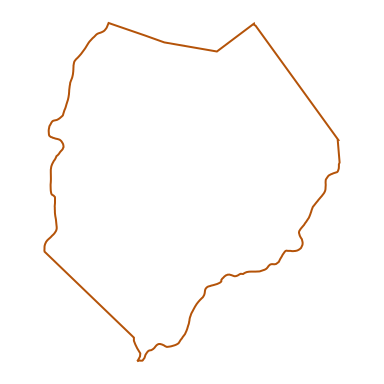 outline of Dacretin, Choiseul, Saint Lucia
{"feature_id": "8701671B29376048072153", "entity_name": "Dacretin", "entity_type": "district", "adm_level": 2, "iso_a3": "LCA", "parent_name": "Saint Lucia", "parent_adm1": "Choiseul", "projection": "mercator", "projection_center": [-61.036, 13.796], "detail": "fine", "context": "isolated", "style": "outline", "palette": "amber", "viewbox_px": 384, "rotation_deg": 0, "n_neighbors": 0, "source": "geoboundaries", "source_scale": "gbopen_adm2", "svg_char_len": 5872}
<svg xmlns="http://www.w3.org/2000/svg" viewBox="0 0 384 384"><path d="M255.6,25.7L254.2,24.9L254.2,24.5L254.0,23.6L216.9,51.5L164.3,42.4L145.0,35.5L108.6,23.0L106.8,27.4L106.6,27.8L106.2,28.4L105.1,29.8L104.5,30.5L103.9,31.0L103.3,31.4L102.9,31.6L101.7,32.2L100.2,32.8L99.4,33.0L97.8,33.6L97.5,33.8L96.8,34.2L96.2,34.7L94.1,36.9L93.4,37.5L92.7,38.1L90.4,40.6L89.4,41.7L88.4,43.1L86.8,45.7L85.7,47.5L85.0,48.6L81.1,53.9L79.0,56.3L77.5,57.9L76.2,59.1L75.7,59.7L75.0,60.6L74.5,61.3L74.2,62.0L74.0,62.9L73.9,63.3L73.6,65.1L73.5,65.5L73.5,66.3L73.5,67.1L73.4,68.0L73.4,68.3L73.4,69.4L73.3,70.2L73.3,71.0L73.0,73.7L72.9,74.4L72.6,75.8L72.4,76.6L72.2,77.5L71.9,78.3L70.8,81.1L70.2,82.8L70.0,84.6L69.7,86.1L69.6,87.0L69.2,90.2L69.2,91.0L69.1,92.3L69.0,93.4L69.0,94.0L68.5,97.2L68.3,98.1L67.9,99.9L67.2,102.0L66.9,103.0L66.5,104.2L66.3,104.9L66.2,105.3L65.8,106.7L65.6,107.3L65.5,107.7L64.7,109.7L64.5,110.0L64.1,111.3L63.4,113.5L63.0,115.0L62.8,115.4L62.6,115.7L61.6,116.6L60.0,118.0L58.9,118.8L57.4,119.7L56.6,120.0L55.7,120.2L53.8,120.6L53.0,120.9L52.7,121.1L52.4,121.3L51.7,122.2L51.3,122.8L51.2,123.0L50.4,124.6L49.8,125.5L49.4,126.3L49.2,127.4L48.8,129.3L48.8,129.7L48.7,130.5L48.7,131.3L48.8,132.6L48.9,134.1L49.0,134.8L49.1,135.2L49.4,135.8L49.6,136.0L50.0,136.3L50.7,136.9L52.2,137.4L52.6,137.7L53.0,137.8L54.1,138.1L55.5,138.6L57.4,139.0L58.1,139.2L59.6,139.7L59.9,139.9L60.2,140.1L60.5,140.4L61.3,141.1L61.4,141.3L61.8,141.8L62.2,142.6L62.8,143.4L62.9,143.7L63.1,144.2L63.2,144.5L63.4,145.6L63.5,146.2L63.5,147.2L63.4,147.5L63.0,148.1L62.8,148.9L62.3,149.6L61.8,150.2L61.2,150.8L59.9,152.3L59.1,153.6L58.8,154.0L58.2,154.6L57.7,155.2L56.5,156.1L55.6,158.2L54.8,159.7L54.3,160.3L53.9,160.8L52.3,163.8L51.7,165.3L51.3,166.5L51.1,167.6L51.0,168.5L50.8,169.7L50.8,172.3L50.9,178.2L50.9,179.5L50.8,182.2L50.6,184.5L50.6,185.6L50.7,189.2L50.8,190.9L51.2,193.2L51.5,194.0L52.0,194.7L53.6,195.6L54.9,197.0L55.0,198.0L55.0,201.6L55.0,203.0L54.7,206.3L54.8,207.6L54.8,209.1L54.9,210.8L54.9,212.3L55.0,213.7L55.3,216.1L55.9,219.3L56.5,225.3L56.7,227.0L56.7,228.4L56.6,229.1L56.2,230.5L55.8,231.3L54.4,233.4L53.3,234.6L52.1,235.7L50.7,237.2L49.6,238.2L49.0,238.7L47.4,240.2L46.1,241.9L45.1,244.1L44.6,245.9L44.5,247.1L44.5,248.6L44.4,250.5L44.6,251.7L133.9,337.6L133.9,340.8L135.3,344.4L137.2,348.3L138.9,351.1L140.3,353.4L140.0,356.5L138.2,359.9L137.7,360.5L138.0,361.0L138.4,360.9L138.8,360.7L139.4,360.5L139.9,360.5L140.6,360.7L141.5,360.7L142.0,360.7L142.4,360.6L142.8,360.3L143.2,359.6L144.3,358.2L144.5,357.9L144.8,357.0L145.5,354.8L145.8,354.3L146.2,353.7L147.0,352.5L147.8,351.5L148.1,351.2L148.9,350.7L149.2,350.5L149.7,350.4L151.0,350.2L151.4,350.1L151.9,349.8L153.2,349.0L153.5,348.7L154.5,347.8L154.7,347.5L155.2,346.8L156.5,345.3L157.3,344.7L158.0,344.3L158.9,344.0L159.6,344.0L160.1,344.0L162.0,344.5L163.6,345.2L164.0,345.4L165.0,346.1L166.1,346.6L166.5,346.8L166.9,346.9L167.3,346.9L170.1,346.5L171.2,346.3L173.9,345.5L174.9,345.2L176.1,344.7L176.9,344.3L178.2,343.5L178.5,343.2L178.8,342.9L179.0,342.6L180.6,340.0L180.8,339.7L181.4,339.0L181.7,338.7L182.9,336.8L183.7,335.8L185.0,334.1L185.7,332.5L186.4,331.0L187.2,328.9L188.1,325.8L188.7,324.1L188.9,323.3L189.1,322.4L189.2,321.4L189.4,320.9L189.5,319.8L189.7,318.5L190.0,317.3L190.5,316.0L191.1,314.1L191.7,312.8L191.9,312.4L192.4,311.6L193.1,310.2L194.4,307.8L195.0,306.7L195.8,305.4L196.2,304.8L196.4,304.4L198.0,302.3L199.8,300.2L201.9,298.1L202.5,297.6L203.1,296.9L203.7,295.8L204.1,295.1L204.3,294.6L204.7,293.1L204.9,291.5L205.0,290.7L205.2,289.9L205.3,289.4L205.5,289.1L205.7,288.7L205.9,288.4L206.7,287.5L207.1,287.2L207.8,286.7L209.0,286.3L210.6,285.9L210.9,285.7L213.4,285.1L217.1,284.0L218.9,283.2L220.0,282.6L220.4,282.3L221.0,281.8L221.3,281.4L221.3,280.6L221.4,279.8L221.8,279.3L222.3,278.6L223.2,277.8L224.4,276.5L225.5,275.7L225.8,275.4L226.2,275.3L227.6,274.7L229.2,274.6L229.6,274.6L230.4,274.9L231.3,275.1L234.3,276.2L234.8,276.2L235.2,276.2L236.0,276.1L236.8,275.8L237.5,275.6L238.3,275.1L239.9,274.1L240.3,274.0L240.7,273.8L240.9,273.8L241.8,273.9L243.1,274.0L243.4,273.8L244.1,273.3L245.2,272.7L246.2,272.3L247.0,272.0L247.8,271.9L249.0,271.7L251.1,271.6L255.5,271.6L259.7,271.4L263.8,270.0L264.5,269.8L264.9,269.6L265.9,269.0L266.3,268.8L266.6,268.5L266.9,268.2L267.9,267.0L268.3,266.3L268.6,266.0L269.5,265.1L269.8,264.8L270.2,264.6L270.9,264.3L271.4,264.2L272.2,264.1L273.0,264.2L273.4,264.2L274.2,264.3L275.5,264.1L275.9,264.0L276.2,263.9L278.8,261.9L280.2,259.0L281.2,257.4L281.9,256.2L282.6,254.8L283.8,253.1L284.0,252.8L284.8,251.7L285.4,251.1L285.7,250.9L286.0,250.8L286.4,250.7L286.9,250.7L287.9,250.9L289.2,250.9L289.7,250.9L290.6,250.9L291.4,251.0L291.8,251.1L292.7,251.1L293.5,251.1L294.3,251.0L295.0,251.0L296.1,250.8L296.5,250.7L297.3,250.5L298.7,249.8L299.7,249.1L300.7,248.3L301.0,248.0L301.2,247.6L302.4,245.0L302.5,244.6L302.6,243.8L302.6,242.3L301.9,239.4L301.8,239.1L301.1,238.1L300.6,237.3L299.7,235.5L299.6,235.0L299.1,233.3L299.0,232.9L299.0,232.1L299.1,231.8L299.3,231.0L300.5,229.1L301.3,228.1L303.6,225.4L303.9,225.1L305.3,222.9L306.2,221.8L306.9,220.7L307.1,220.4L307.4,220.0L307.6,219.6L308.8,217.9L309.5,216.3L310.5,213.7L310.7,213.0L311.2,211.7L311.5,210.5L311.9,209.4L312.8,207.0L313.0,206.7L314.4,205.0L315.8,203.2L317.1,201.6L317.9,200.7L318.1,200.3L319.9,198.2L320.4,197.6L321.9,195.9L322.4,195.2L323.2,194.2L324.2,192.8L324.6,192.0L325.1,190.9L325.4,189.7L325.5,188.8L325.6,186.6L325.7,185.4L325.7,184.2L325.6,183.0L325.6,182.2L325.7,180.5L325.8,179.7L326.0,179.3L326.2,179.0L327.2,177.5L327.9,176.5L328.1,176.2L328.4,175.9L328.9,175.4L330.9,174.3L332.5,173.7L333.3,173.3L333.7,173.2L334.5,172.9L335.3,172.7L336.1,172.4L336.6,172.3L336.9,172.2L337.3,171.9L337.6,171.6L338.0,170.9L338.4,169.7L338.8,168.4L338.8,168.0L338.9,166.9L338.9,164.9L338.9,164.3L339.6,162.5L337.7,139.8L338.2,139.8L255.6,25.7Z" fill="none" stroke="#b45309" stroke-width="2"/></svg>